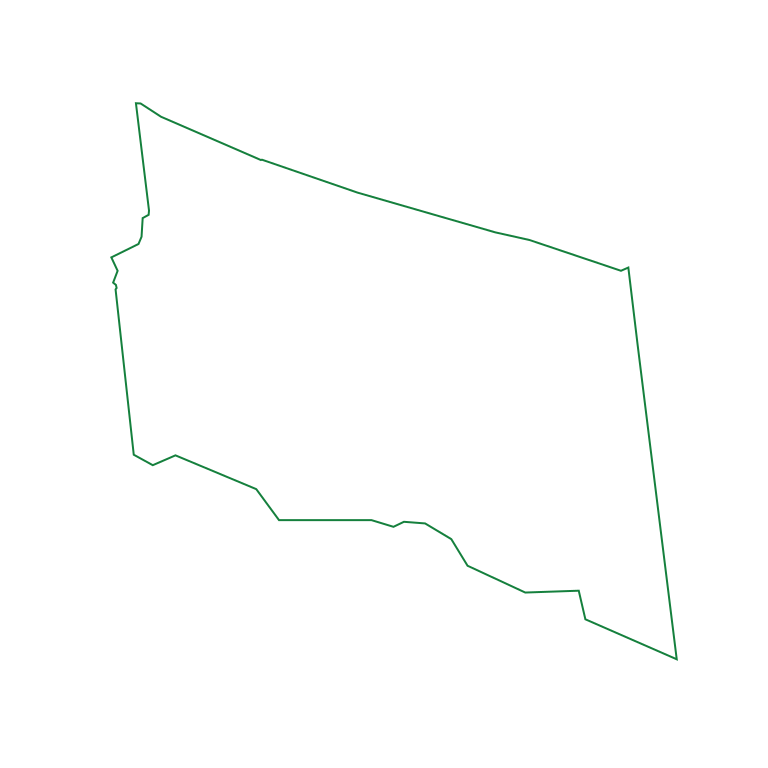 outline of Cambria, Pennsylvania, United States of America, rotated 83°
{"feature_id": "52423323B19514206676815", "entity_name": "Cambria", "entity_type": "district", "adm_level": 2, "iso_a3": "USA", "parent_name": "United States of America", "parent_adm1": "Pennsylvania", "projection": "robinson", "projection_center": [-78.751, 40.484], "detail": "fine", "context": "isolated", "style": "outline", "palette": "green", "viewbox_px": 768, "rotation_deg": 83, "n_neighbors": 0, "source": "geoboundaries", "source_scale": "gbopen_adm2", "svg_char_len": 665}
<svg xmlns="http://www.w3.org/2000/svg" viewBox="0 0 768 768"><g transform="rotate(83 384 384)"><path d="M75.1,596.0L183.2,596.1L187.4,597.0L189.9,603.3L208.3,606.7L215.1,610.6L225.1,639.2L239.2,634.6L250.4,640.5L253.0,638.0L256.1,637.7L257.4,638.9L265.4,639.0L423.7,641.0L436.4,623.4L432.9,611.5L431.5,606.7L429.4,599.7L457.0,551.3L472.8,523.6L506.3,504.8L517.6,413.0L526.9,392.0L523.2,381.0L527.4,360.2L546.2,336.1L574.6,323.2L608.2,269.2L612.9,215.9L642.1,212.8L692.9,127.0L376.0,127.5L298.2,127.3L300.5,135.0L258.8,222.1L247.0,255.2L190.8,387.0L146.5,477.8L146.7,478.9L91.6,572.7L75.9,591.4L75.1,596.0Z" fill="none" stroke="#15803d" stroke-width="2"/></g></svg>